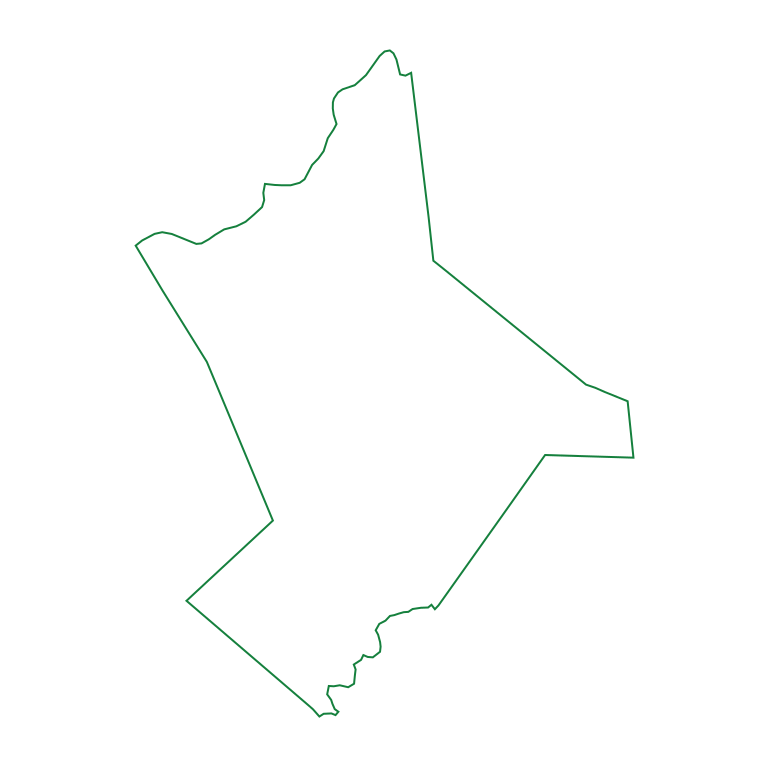 the district of Sebastião Barros, Piauí, Brazil, rotated 181°
{"feature_id": "56859067B80759164390231", "entity_name": "Sebastião Barros", "entity_type": "district", "adm_level": 2, "iso_a3": "BRA", "parent_name": "Brazil", "parent_adm1": "Piauí", "projection": "albers", "projection_center": [-44.821, -10.664], "detail": "fine", "context": "isolated", "style": "outline", "palette": "green", "viewbox_px": 768, "rotation_deg": 181, "n_neighbors": 0, "source": "geoboundaries", "source_scale": "gbopen_adm2", "svg_char_len": 1360}
<svg xmlns="http://www.w3.org/2000/svg" viewBox="0 0 768 768"><g transform="rotate(181 384 384)"><path d="M140.1,371.0L163.2,379.9L172.7,383.9L182.0,386.9L325.1,499.1L336.8,508.1L342.3,551.5L362.3,695.6L367.9,692.7L373.3,693.8L377.2,708.6L380.3,714.8L384.0,717.6L389.2,716.5L394.1,711.9L407.4,692.5L418.4,682.3L430.6,677.9L435.1,674.7L439.0,668.6L440.0,664.7L440.0,658.6L439.0,652.3L436.0,643.1L439.1,637.2L444.5,628.8L448.4,615.8L453.6,608.3L459.7,601.8L467.0,587.3L471.8,583.7L480.7,581.1L489.4,580.9L496.8,581.1L506.5,582.0L508.0,573.0L507.0,565.8L509.0,558.8L517.0,551.1L525.2,543.8L534.4,539.1L546.5,535.8L555.6,530.1L561.7,525.6L568.9,521.4L574.1,520.8L598.8,530.3L608.4,531.9L616.0,530.1L628.3,523.3L634.7,518.0L607.1,473.6L561.5,403.0L541.2,356.6L492.7,245.5L577.7,163.8L453.9,61.4L449.3,57.5L442.8,50.4L438.6,53.2L430.8,53.7L426.7,52.1L423.9,55.5L427.6,58.1L430.0,63.4L431.3,67.2L435.4,72.7L433.9,81.1L428.9,80.9L423.0,82.0L414.5,80.2L408.7,83.8L408.0,92.4L407.4,98.1L409.3,103.0L402.1,107.8L399.9,112.6L395.5,110.8L390.4,110.5L383.3,116.2L382.8,121.3L383.4,125.9L385.5,133.2L388.0,137.6L384.5,144.1L378.4,147.4L374.0,152.2L369.7,153.1L365.2,154.7L360.3,156.2L355.7,156.6L351.5,159.5L343.2,160.9L336.0,161.3L332.7,164.1L329.2,159.7L325.7,163.5L261.0,258.1L221.7,315.8L133.3,314.7L140.1,371.0Z" fill="none" stroke="#15803d" stroke-width="2"/></g></svg>